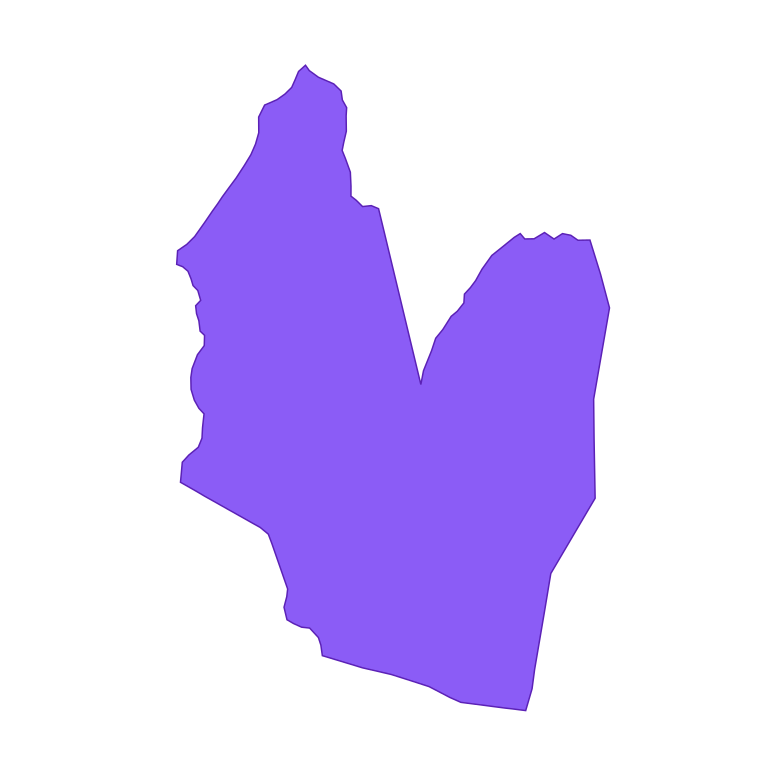 Sirinhaém, Pernambuco, Brazil, rotated 194°
{"feature_id": "56859067B34906983561862", "entity_name": "Sirinhaém", "entity_type": "district", "adm_level": 2, "iso_a3": "BRA", "parent_name": "Brazil", "parent_adm1": "Pernambuco", "projection": "equal_earth", "projection_center": [-35.141, -8.583], "detail": "fine", "context": "isolated", "style": "filled", "palette": "violet", "viewbox_px": 768, "rotation_deg": 194, "n_neighbors": 0, "source": "geoboundaries", "source_scale": "gbopen_adm2", "svg_char_len": 1703}
<svg xmlns="http://www.w3.org/2000/svg" viewBox="0 0 768 768"><g transform="rotate(194 384 384)"><path d="M166.6,124.1L168.8,143.5L173.2,201.7L176.3,240.5L155.3,311.5L151.5,324.2L166.9,381.6L176.9,420.0L183.6,512.4L193.6,530.5L200.5,543.0L219.0,573.5L230.6,570.4L238.7,573.5L247.2,573.1L254.1,565.8L264.9,569.8L273.5,561.2L282.5,558.8L288.2,562.9L293.1,557.8L301.9,546.1L310.5,534.8L316.7,519.1L320.1,506.5L323.5,498.4L327.7,490.7L326.1,482.0L330.5,472.3L335.2,465.9L340.1,451.1L344.9,440.9L345.9,427.9L348.9,406.4L348.1,392.4L421.3,532.9L431.7,552.8L439.5,554.0L447.7,551.0L455.5,555.6L461.5,558.3L463.9,568.0L467.9,581.4L475.9,593.3L481.1,600.5L481.5,608.4L481.7,620.2L485.6,635.0L487.1,643.1L493.1,649.5L496.5,657.9L505.3,663.0L521.9,665.8L532.3,670.0L537.3,674.3L542.5,666.6L543.9,657.4L545.3,649.5L550.3,641.3L556.7,633.9L567.3,625.8L570.2,612.7L566.3,597.5L566.7,585.7L568.6,574.4L572.3,562.5L577.3,548.1L581.5,538.0L586.1,526.7L589.0,518.6L592.3,510.3L596.7,498.4L603.4,481.2L609.1,471.8L616.5,463.4L614.1,449.9L607.7,449.1L601.5,446.0L596.7,439.4L593.1,433.3L587.3,429.7L582.1,420.8L585.7,414.4L582.9,406.9L578.9,400.5L575.2,390.8L569.9,387.8L567.7,377.8L572.1,367.3L573.9,352.5L573.0,343.6L569.9,332.1L564.1,322.4L557.7,315.6L551.4,311.5L549.5,297.6L547.5,287.4L548.9,277.7L556.1,268.0L560.8,259.3L558.9,247.3L557.7,239.4L539.5,234.3L531.1,231.8L477.3,217.0L469.5,214.9L459.9,210.3L454.3,202.2L427.9,161.8L426.9,154.2L427.0,143.2L421.1,131.8L413.9,129.7L405.1,128.1L397.1,129.2L386.3,122.1L382.1,115.4L378.1,105.5L336.1,103.4L306.7,103.9L293.8,103.1L267.1,101.3L244.3,95.8L232.4,93.7L188.5,98.8L181.0,99.8L167.5,101.4L166.6,124.1Z" fill="#8b5cf6" stroke="#5b21b6" stroke-width="1.5"/></g></svg>